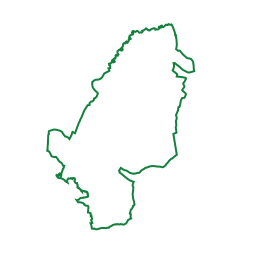 Branesti, Dâmbovita, Romania (Equal Earth projection), rotated 70°
{"feature_id": "2599482B82394279234380", "entity_name": "Branesti", "entity_type": "district", "adm_level": 2, "iso_a3": "ROU", "parent_name": "Romania", "parent_adm1": "Dâmbovita", "projection": "equal_earth", "projection_center": [25.411, 45.045], "detail": "fine", "context": "isolated", "style": "outline", "palette": "green", "viewbox_px": 256, "rotation_deg": 70, "n_neighbors": 0, "source": "geoboundaries", "source_scale": "gbopen_adm2", "svg_char_len": 5789}
<svg xmlns="http://www.w3.org/2000/svg" viewBox="0 0 256 256"><g transform="rotate(70 128 128)"><path d="M210.5,155.0L209.6,155.0L209.2,155.4L208.9,154.9L208.5,155.0L208.2,154.7L207.7,154.7L207.3,154.3L206.2,153.6L205.7,153.1L205.4,152.6L205.3,152.2L204.3,150.9L203.8,150.3L203.0,150.1L202.9,149.9L202.7,148.6L202.2,148.1L199.2,147.5L195.7,147.3L191.6,146.2L187.5,144.1L185.5,143.3L183.3,143.3L181.7,142.1L180.5,141.0L179.2,142.7L177.9,144.1L175.6,145.9L168.4,150.1L167.1,151.1L166.4,150.7L165.0,151.0L163.0,148.4L166.5,145.8L167.4,144.0L170.9,141.5L172.4,139.4L173.2,137.3L173.4,134.8L173.9,132.8L173.8,132.3L172.8,130.7L172.3,129.4L171.9,126.7L171.4,125.4L171.6,123.7L171.6,120.4L171.9,118.6L172.8,116.4L174.6,112.9L175.0,111.6L176.5,109.3L176.8,108.4L176.1,105.7L174.8,103.9L174.2,102.5L173.0,100.8L171.9,98.4L171.7,96.7L170.8,94.5L169.8,91.3L149.1,87.4L148.9,84.0L143.7,82.9L141.9,81.6L138.0,80.7L136.0,79.1L134.3,78.6L132.4,78.5L128.1,74.6L127.0,74.3L125.7,73.5L125.9,72.6L124.5,71.4L120.2,68.9L118.4,66.9L118.9,64.7L117.2,62.9L116.3,62.1L115.1,62.0L111.3,64.2L110.6,63.9L108.7,61.0L108.1,60.7L105.4,61.0L104.8,60.7L104.1,59.5L101.8,56.9L101.2,56.6L100.6,56.7L99.0,59.2L96.3,64.6L94.6,63.4L93.8,63.6L89.3,66.4L87.4,64.7L85.6,63.5L82.6,63.0L82.8,62.0L87.9,58.8L91.9,56.7L96.1,52.9L96.9,51.2L97.2,46.3L94.6,45.9L92.6,45.2L88.7,44.3L87.0,44.4L85.9,44.7L84.7,45.2L84.0,46.0L82.7,48.3L82.1,48.8L77.5,51.3L73.1,52.8L72.9,53.0L72.7,54.4L70.4,55.8L66.7,53.7L61.9,52.3L59.5,51.9L57.2,51.3L57.1,51.9L54.2,51.3L52.8,51.3L48.3,51.3L45.8,51.6L45.6,51.7L45.6,52.7L45.2,53.3L44.3,54.2L44.4,54.7L44.9,55.5L44.8,55.9L44.0,56.5L44.0,56.8L44.1,57.4L45.1,59.7L45.3,60.3L45.2,60.8L44.8,61.3L43.4,61.1L43.2,61.4L43.2,61.7L43.3,62.1L43.5,62.4L44.7,62.6L45.0,62.8L45.0,63.0L44.4,63.5L43.5,64.0L43.5,64.4L44.0,64.6L44.7,64.6L45.2,64.9L45.6,65.7L45.5,66.3L45.1,67.5L44.7,67.9L45.0,68.5L44.9,68.7L43.4,68.9L43.1,70.1L43.0,71.8L43.2,72.3L43.7,74.3L43.1,74.8L43.2,75.4L42.1,76.1L41.5,76.3L40.6,77.0L41.0,77.6L41.8,80.8L41.7,81.0L41.4,81.2L41.4,81.4L42.5,81.5L42.9,82.4L42.9,83.0L42.4,83.5L42.2,84.9L40.8,85.4L39.8,86.3L40.1,87.8L40.1,88.6L39.1,89.3L38.6,90.1L38.6,90.5L39.7,91.7L40.1,91.6L40.5,90.8L41.1,90.8L41.6,91.2L41.8,91.7L41.4,93.0L41.8,93.9L41.8,94.9L42.7,95.3L43.6,96.3L43.9,96.2L44.1,95.4L44.4,95.0L44.6,94.9L45.1,94.9L45.2,95.5L45.1,96.5L45.4,97.3L46.1,97.4L46.7,97.8L47.3,99.0L47.6,99.2L47.7,99.6L47.4,99.9L46.4,99.6L46.1,99.8L46.3,100.6L47.6,101.6L47.6,101.8L46.9,102.6L46.9,102.8L47.6,104.0L49.3,104.7L49.6,105.4L50.3,105.7L50.7,107.0L50.9,107.0L52.2,106.0L52.4,106.1L52.2,106.7L52.2,106.9L52.7,106.8L53.0,107.1L53.0,107.6L52.8,108.0L51.6,108.2L51.3,108.4L51.7,109.1L51.5,109.9L51.9,110.3L52.2,111.5L52.8,111.9L54.3,112.3L54.6,112.3L55.4,111.9L55.6,111.9L55.7,112.5L55.9,112.7L56.5,112.9L56.4,113.3L55.6,113.5L55.4,114.0L55.4,114.6L55.7,114.9L56.1,114.9L58.1,115.9L58.4,116.5L57.9,116.9L58.7,119.0L59.7,118.5L60.1,117.9L60.8,117.7L61.2,117.8L61.3,118.3L61.3,119.4L60.2,119.9L59.8,120.3L61.0,121.2L61.5,122.5L61.0,123.3L61.1,123.9L62.6,124.2L63.3,123.6L64.2,123.8L64.7,123.8L65.6,124.2L65.3,125.9L67.9,125.9L68.6,131.6L71.6,135.1L72.4,137.1L72.4,139.3L71.8,141.1L71.6,142.3L71.9,144.0L72.6,145.9L73.5,146.0L73.7,146.3L75.2,146.8L77.1,147.2L78.5,147.1L81.3,146.2L84.7,144.5L85.3,144.6L85.9,145.0L87.8,146.8L88.7,148.6L88.5,149.6L88.7,149.9L89.9,150.4L90.7,152.0L90.8,152.9L90.5,153.5L91.4,155.6L91.7,155.8L93.0,156.0L93.3,156.4L92.8,158.2L96.6,163.1L102.5,168.5L103.8,170.0L104.3,170.3L107.1,173.1L114.8,179.6L112.7,181.5L115.7,183.9L118.3,186.8L116.7,187.4L115.5,188.5L114.3,190.0L111.3,191.0L109.4,191.2L107.6,192.5L105.2,195.8L104.5,197.2L104.0,198.7L103.9,203.2L105.1,204.1L106.6,204.4L107.2,205.2L109.1,206.1L115.0,208.5L119.2,210.4L121.0,211.0L121.2,211.5L121.7,211.7L122.7,210.6L123.6,210.0L128.4,209.5L130.3,207.0L130.4,205.8L130.6,205.5L133.9,204.4L134.8,204.5L136.6,203.6L137.4,202.9L138.6,202.2L141.4,201.8L141.7,201.4L141.8,200.9L143.7,202.3L144.1,202.7L144.1,203.0L148.5,206.5L149.7,206.9L150.3,207.3L149.9,207.9L147.4,207.9L147.6,208.6L148.9,209.6L147.8,210.8L148.2,211.1L148.1,211.4L148.8,211.5L150.9,210.6L151.4,210.1L151.7,209.6L151.9,208.5L153.7,206.7L155.3,205.4L156.6,205.1L158.6,203.5L156.6,203.4L155.0,201.3L155.8,199.7L155.5,199.1L155.6,198.7L157.0,197.8L157.0,197.7L156.4,197.4L156.2,197.1L156.4,196.3L157.0,195.3L158.7,195.6L159.2,196.3L159.7,196.5L160.6,196.4L161.9,195.9L162.4,194.7L164.4,195.1L164.6,194.9L165.0,195.2L165.7,195.3L166.3,195.8L166.7,195.8L168.1,194.8L167.8,194.5L169.0,193.9L169.8,193.5L170.2,193.7L170.7,193.5L170.9,193.6L172.0,193.1L171.0,192.9L171.7,191.7L172.6,190.8L172.4,190.6L172.7,190.1L173.5,188.9L174.0,189.1L174.5,188.5L174.5,188.2L174.9,188.1L175.9,188.6L176.1,188.3L176.9,188.4L178.8,189.1L178.9,189.6L178.6,190.4L178.7,190.9L178.5,192.5L178.1,193.4L178.0,193.8L178.2,194.3L177.6,196.1L177.7,197.1L178.0,198.0L178.4,198.3L178.5,198.6L178.4,200.1L178.6,200.5L178.3,200.9L180.6,200.3L180.8,200.2L181.4,198.4L181.7,198.1L182.2,197.1L183.0,196.0L183.7,195.6L184.6,195.4L184.7,195.0L185.6,195.1L186.6,194.1L187.1,192.9L187.2,192.4L188.5,192.1L193.7,194.5L193.9,193.9L195.3,192.3L197.9,193.1L197.9,192.4L201.3,192.9L201.8,193.8L201.9,194.1L205.0,194.1L204.6,195.8L206.5,195.7L210.1,196.3L210.5,195.9L211.0,194.9L210.9,194.1L211.9,193.2L212.5,192.1L212.6,191.0L212.5,190.5L212.8,189.7L212.8,187.6L213.1,186.4L213.7,185.1L213.8,184.4L214.6,183.0L214.6,181.6L214.9,180.5L215.2,180.2L214.6,179.3L214.5,178.9L214.3,176.6L213.9,175.4L214.1,174.3L214.0,173.8L214.1,173.0L214.6,172.3L214.7,171.6L214.5,171.3L214.6,170.9L215.7,169.1L215.8,168.8L215.6,168.1L216.1,167.5L216.2,167.0L216.5,166.4L217.3,165.3L217.4,164.2L216.7,161.9L215.1,160.1L214.4,159.2L214.1,156.0L213.5,156.1L212.1,155.9L210.5,155.0Z" fill="none" stroke="#15803d" stroke-width="2"/></g></svg>